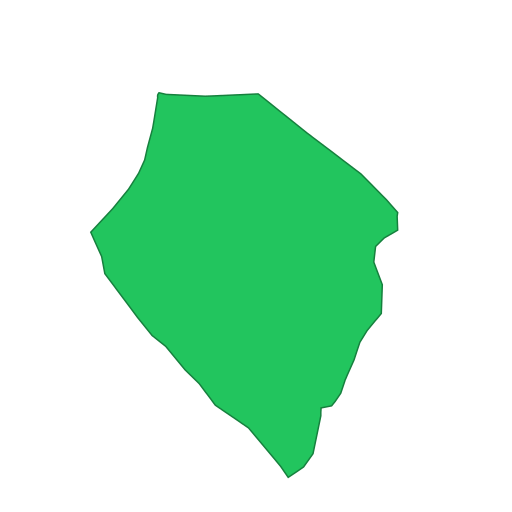 the district of Al Mighlaf, Al Hudaydah, Yemen, rotated 226°
{"feature_id": "15242507B86244592928099", "entity_name": "Al Mighlaf", "entity_type": "district", "adm_level": 2, "iso_a3": "YEM", "parent_name": "Yemen", "parent_adm1": "Al Hudaydah", "projection": "robinson", "projection_center": [43.181, 15.311], "detail": "fine", "context": "isolated", "style": "filled", "palette": "green", "viewbox_px": 512, "rotation_deg": 226, "n_neighbors": 0, "source": "geoboundaries", "source_scale": "gbopen_adm2", "svg_char_len": 1490}
<svg xmlns="http://www.w3.org/2000/svg" viewBox="0 0 512 512"><g transform="rotate(226 256 256)"><path d="M387.9,153.7L378.1,150.1L362.8,144.6L348.3,135.0L333.0,133.1L329.4,132.6L307.8,129.9L294.1,128.1L271.6,126.1L271.1,126.0L253.7,128.3L223.4,125.9L203.7,126.5L199.7,126.0L192.8,125.1L190.7,124.9L185.1,124.2L180.0,123.5L177.0,123.1L166.2,125.3L150.9,128.5L144.8,129.7L137.5,131.2L98.1,128.4L87.6,127.6L74.4,125.4L72.5,135.8L71.2,143.7L72.0,147.9L73.9,158.2L74.2,159.7L96.0,191.6L98.7,194.2L101.5,197.3L95.7,206.3L96.4,211.9L98.4,221.6L104.5,233.3L105.0,234.1L105.3,235.1L106.9,238.8L112.9,253.7L113.3,254.6L117.7,262.9L121.8,270.8L125.2,284.2L126.6,296.5L126.9,300.1L127.6,306.2L147.6,326.9L163.4,333.7L169.8,336.5L179.1,347.8L179.8,348.7L179.9,358.9L179.9,360.7L179.9,360.9L177.2,371.7L176.9,372.9L176.2,375.9L186.5,385.1L188.8,388.1L199.6,388.6L205.6,388.9L211.9,388.8L223.3,388.7L223.7,388.7L242.0,388.5L246.1,387.9L247.8,387.6L264.6,385.0L275.4,383.4L276.7,383.2L286.2,381.7L287.5,381.5L302.6,379.1L304.4,378.9L309.2,378.1L332.2,375.2L344.3,373.6L364.3,371.1L371.0,370.2L371.4,369.8L378.2,362.1L382.4,357.3L384.1,355.4L386.5,352.7L395.3,342.7L395.7,342.3L399.1,338.4L406.0,330.7L406.6,330.1L434.7,303.6L439.8,300.3L440.8,299.6L440.6,298.7L440.5,298.1L440.1,297.1L439.6,296.5L439.0,295.9L438.3,295.4L423.7,275.9L419.6,270.3L409.5,253.4L402.4,242.6L397.1,229.2L395.8,224.0L392.6,210.8L390.4,192.5L389.6,185.9L387.9,153.7Z" fill="#22c55e" stroke="#15803d" stroke-width="1.5"/></g></svg>